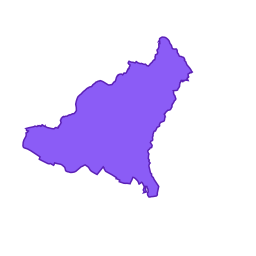 Lozna, Salaj, Romania, rotated 227°
{"feature_id": "2599482B10357356910140", "entity_name": "Lozna", "entity_type": "district", "adm_level": 2, "iso_a3": "ROU", "parent_name": "Romania", "parent_adm1": "Salaj", "projection": "equal_earth", "projection_center": [23.494, 47.297], "detail": "fine", "context": "isolated", "style": "filled", "palette": "violet", "viewbox_px": 256, "rotation_deg": 227, "n_neighbors": 0, "source": "geoboundaries", "source_scale": "gbopen_adm2", "svg_char_len": 5856}
<svg xmlns="http://www.w3.org/2000/svg" viewBox="0 0 256 256"><g transform="rotate(227 128 128)"><path d="M171.8,212.3L171.7,211.9L170.5,210.8L170.4,210.5L170.6,210.2L170.4,209.5L170.1,210.2L169.7,210.2L168.9,209.5L168.1,208.9L168.8,208.3L168.0,207.4L166.3,206.0L165.6,204.6L165.3,203.7L165.4,202.9L165.2,202.3L163.0,201.2L162.3,200.2L162.3,199.7L162.8,198.0L162.2,197.4L161.5,196.1L160.7,195.9L159.7,194.0L160.1,193.7L160.0,193.2L160.1,192.7L160.0,191.7L159.7,190.9L159.7,189.1L159.7,187.7L159.4,187.0L159.5,185.7L159.4,185.2L160.6,184.4L162.8,184.3L163.4,183.4L164.1,182.8L165.0,182.5L165.7,182.0L166.1,181.9L166.5,181.2L167.0,180.7L169.1,179.6L170.9,179.4L171.0,179.3L170.7,178.2L170.8,177.6L172.5,176.6L173.9,175.3L174.9,174.8L176.1,174.3L175.8,173.0L175.2,172.3L174.0,172.2L172.7,172.5L172.2,171.9L171.5,169.9L171.0,169.6L170.8,169.2L171.2,168.7L171.1,168.3L171.1,168.0L170.7,167.9L170.6,166.8L170.4,166.7L169.6,164.4L169.6,164.1L169.9,163.3L170.7,162.8L170.7,162.5L170.9,162.4L170.5,160.4L171.9,160.0L172.9,158.8L173.2,157.9L173.6,157.3L173.3,157.0L173.3,156.5L173.5,156.2L173.4,155.7L173.2,155.6L173.3,155.2L173.1,154.9L172.9,154.1L171.5,151.9L170.9,150.4L170.8,150.0L171.2,149.1L170.7,145.9L171.9,144.1L172.8,143.0L178.7,141.4L180.4,140.7L181.7,139.9L181.9,138.9L182.4,138.5L182.7,137.9L182.9,136.8L183.4,136.0L183.3,134.3L183.5,133.5L183.4,132.8L183.6,131.8L183.3,131.1L183.3,130.1L183.1,129.7L184.4,127.5L184.3,126.4L184.8,125.8L184.9,124.4L184.9,122.2L185.1,120.3L185.0,119.4L185.1,118.7L184.8,117.7L185.0,115.5L185.0,112.9L184.4,111.3L183.0,108.7L181.1,106.0L178.3,104.2L176.0,102.2L175.5,100.4L175.3,98.5L175.5,98.1L176.3,97.0L176.9,94.8L177.6,94.1L177.7,93.4L178.0,93.1L178.1,91.7L179.5,89.9L179.5,89.5L179.8,88.9L180.1,88.5L180.4,88.6L180.7,87.5L180.5,87.0L180.6,85.8L180.1,85.0L179.8,84.7L179.8,83.9L178.0,82.9L177.7,82.9L177.4,82.3L177.0,81.4L176.5,79.1L176.3,78.6L176.4,78.4L176.6,78.5L176.6,78.0L176.5,77.8L175.8,77.5L175.7,76.8L175.9,76.5L177.6,75.6L177.6,75.2L177.9,74.5L177.8,74.1L177.9,73.3L179.5,71.9L183.7,69.1L185.4,68.6L185.9,68.8L185.7,68.3L186.1,68.0L187.1,67.9L187.5,67.6L187.8,67.7L188.8,67.5L188.9,67.3L188.6,66.8L188.9,66.7L189.0,66.2L188.5,66.0L188.6,65.4L188.8,65.2L190.0,65.0L190.2,64.5L191.1,63.8L190.8,63.3L191.0,63.1L191.1,62.4L192.9,61.2L192.9,60.6L193.6,59.3L195.8,55.7L197.1,53.2L196.8,53.3L196.7,53.0L195.9,52.5L195.3,52.5L195.2,52.2L194.5,52.6L194.3,53.0L193.7,53.1L193.6,52.4L193.7,51.9L193.4,51.4L193.7,50.8L193.6,50.4L193.9,50.0L192.4,48.9L191.5,47.6L190.2,43.7L189.8,43.0L189.0,41.6L186.7,39.1L185.8,38.6L185.1,38.4L184.2,38.6L181.3,40.2L177.7,41.4L166.9,44.0L165.7,41.8L165.0,42.0L156.7,45.1L155.5,45.9L155.2,46.7L154.8,47.1L151.5,48.1L151.6,48.8L152.5,50.5L150.6,51.7L147.3,54.1L145.7,54.6L142.4,54.9L140.7,54.1L139.8,53.5L138.8,53.3L137.3,53.9L137.1,54.2L134.7,55.6L133.6,56.9L132.4,58.8L131.9,60.4L131.6,67.5L131.1,68.5L130.6,70.7L130.2,71.5L126.7,72.3L125.4,72.2L123.4,71.7L121.4,71.7L117.6,72.8L115.1,73.7L116.5,83.4L115.3,83.3L114.9,82.9L112.1,82.2L111.4,82.2L104.7,84.4L99.6,85.7L99.1,84.7L98.2,85.3L95.5,86.4L94.7,85.0L90.6,87.2L89.5,88.1L88.2,89.6L85.8,91.5L86.6,93.1L87.2,95.0L88.6,97.9L87.8,98.5L86.2,98.9L82.7,99.0L80.6,98.4L79.7,97.8L79.3,98.1L79.1,100.9L78.4,101.1L77.9,101.0L76.0,100.5L73.9,99.8L72.9,98.2L72.4,97.0L71.9,96.7L70.3,96.4L70.0,95.3L68.7,97.8L71.0,98.9L73.5,100.8L72.4,101.9L71.3,101.2L69.6,100.9L68.4,99.8L67.8,99.5L67.4,99.0L67.5,98.8L67.2,98.1L66.1,97.0L65.0,96.5L63.2,96.3L62.3,97.4L62.1,98.0L60.9,99.4L59.3,101.8L58.9,102.5L59.0,103.5L59.6,104.4L59.9,104.5L60.7,105.4L64.3,110.6L72.7,112.0L74.5,112.7L75.1,112.7L75.4,112.5L76.2,112.6L77.5,113.0L78.2,113.9L79.5,113.8L80.3,114.1L86.2,117.5L87.1,119.1L87.3,119.7L87.3,120.3L89.4,120.5L89.7,120.8L89.8,121.4L90.0,121.7L91.1,121.9L91.7,121.9L94.0,124.4L94.7,125.6L95.5,125.7L97.3,126.4L97.8,126.9L97.9,127.6L98.1,128.2L97.9,129.4L98.2,130.3L98.2,131.0L98.1,131.3L97.7,131.6L97.6,131.9L97.7,132.2L98.3,132.9L98.4,133.4L98.9,133.8L99.5,134.0L102.0,134.3L102.0,134.6L102.7,135.6L102.8,136.0L102.3,136.8L102.3,137.7L102.7,138.2L104.6,139.6L104.8,139.9L105.1,140.9L106.4,142.0L106.7,142.8L107.4,143.8L107.7,144.9L107.7,145.4L107.1,146.0L108.6,149.7L108.6,150.2L108.2,150.7L108.2,151.4L107.9,152.0L107.9,152.3L108.1,152.7L109.2,153.4L109.8,155.1L109.8,155.7L109.6,156.3L109.3,156.9L109.1,157.8L108.6,158.6L108.6,159.5L109.1,160.3L110.5,162.0L110.8,162.5L110.7,162.9L111.6,163.1L112.1,163.7L113.3,163.9L113.5,164.2L113.6,164.9L113.4,165.1L113.5,165.6L113.7,166.2L113.8,167.3L113.7,167.6L113.9,169.0L113.2,170.0L112.6,171.3L112.6,171.8L112.9,172.9L113.4,173.8L113.4,174.6L114.5,175.3L114.8,176.4L115.2,176.5L115.4,177.3L115.3,177.7L115.9,179.8L116.3,180.3L116.2,181.5L116.3,182.3L116.7,182.6L117.1,183.2L117.8,183.3L119.4,184.2L121.1,184.4L122.1,184.9L122.7,185.4L123.1,185.6L123.8,186.4L124.4,186.6L122.5,189.0L122.0,190.1L122.7,191.7L122.7,192.3L123.2,193.9L123.7,194.6L124.4,195.1L125.0,196.2L125.6,196.6L125.5,197.1L125.8,197.9L126.2,198.4L126.5,199.4L125.8,200.1L125.6,200.1L125.6,199.8L125.4,199.4L125.0,199.4L125.2,200.1L124.7,200.2L125.0,200.6L124.8,201.1L125.1,201.7L124.6,201.0L124.2,201.2L124.2,201.7L124.0,201.9L124.1,202.2L123.8,202.8L121.7,204.4L122.2,204.6L122.5,204.3L123.3,204.1L123.7,205.0L124.0,205.2L124.0,205.9L123.8,206.4L124.3,206.8L124.1,207.3L124.7,207.4L126.5,208.7L126.2,209.8L126.2,210.0L126.0,210.6L126.3,210.7L126.3,211.2L125.2,212.1L125.1,213.2L126.8,213.3L127.7,213.7L130.0,214.0L134.1,214.2L137.4,215.5L138.8,215.3L139.3,215.7L139.5,216.3L141.5,216.8L142.1,216.6L143.1,216.0L144.0,215.7L145.2,214.7L145.8,214.6L147.8,215.3L149.5,215.5L151.4,217.0L152.5,217.2L153.1,217.1L153.6,216.2L154.6,215.3L155.4,214.8L156.3,214.8L158.8,216.1L161.3,216.4L163.5,217.4L165.2,217.6L166.7,217.5L168.4,217.2L169.6,216.5L171.1,215.1L171.4,214.5L171.8,212.3Z" fill="#8b5cf6" stroke="#5b21b6" stroke-width="1.5"/></g></svg>